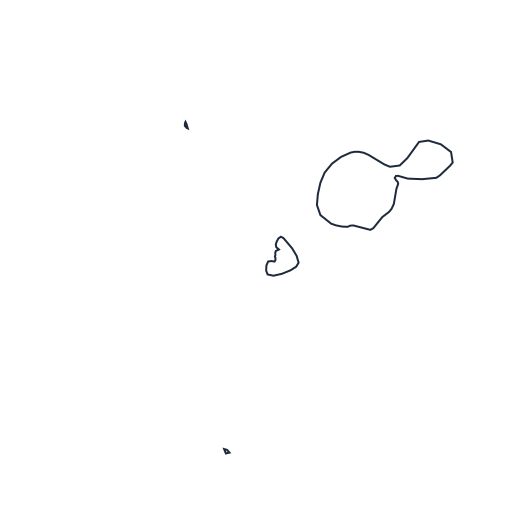 the state/province of Windward Islands, rotated 299°
{"feature_id": "PYF-4963", "entity_name": "Windward Islands", "entity_type": "state/province", "adm_level": 1, "iso_a3": "PYF", "parent_name": "French Polynesia", "parent_adm1": "", "projection": "robinson", "projection_center": [-149.632, -17.426], "detail": "fine", "context": "isolated", "style": "outline", "palette": "slate", "viewbox_px": 512, "rotation_deg": 299, "n_neighbors": 0, "source": "natural_earth", "source_scale": "10m", "svg_char_len": 1208}
<svg xmlns="http://www.w3.org/2000/svg" viewBox="0 0 512 512"><g transform="rotate(299 256 256)"><path d="M434.8,343.3L440.5,350.7L443.3,363.5L441.5,376.2L433.1,382.7L429.1,382.0L415.5,377.7L411.8,375.8L403.7,364.0L397.3,351.3L395.0,341.5L393.9,339.6L391.5,339.5L390.3,341.6L389.4,344.2L388.0,345.4L383.0,346.2L368.4,351.3L363.0,351.7L359.1,351.0L351.3,347.6L337.1,345.1L334.3,343.3L329.9,326.3L328.3,323.8L325.9,321.9L323.5,317.1L321.6,311.2L320.7,306.1L323.0,292.5L330.1,284.6L340.1,280.1L351.3,276.8L362.3,275.6L373.6,277.7L384.0,282.4L392.4,288.7L394.9,291.7L397.0,295.5L398.5,300.1L399.0,305.2L398.3,324.0L399.0,329.9L404.8,337.8L415.0,340.9L434.8,343.3ZM282.2,267.1L284.9,268.4L285.0,271.3L280.2,283.9L275.8,291.5L270.8,296.5L266.0,296.3L260.2,293.1L253.0,287.3L247.2,280.8L245.5,275.1L248.1,272.0L252.7,269.7L257.1,269.3L259.1,272.0L260.1,274.9L262.1,274.9L264.0,273.7L264.5,272.9L266.4,272.4L268.1,271.3L270.0,270.9L272.8,272.9L273.5,269.5L275.7,267.7L278.7,267.1L282.2,267.1ZM68.7,325.4L71.7,321.7L72.4,324.7L71.2,328.1L68.7,325.4ZM335.3,130.7L337.2,129.7L338.2,129.4L339.1,129.3L338.1,130.8L334.5,134.5L334.4,133.4L334.7,132.6L335.3,130.7Z" fill="none" stroke="#1e293b" stroke-width="2"/></g></svg>